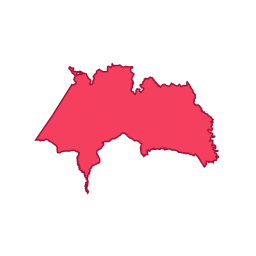 Tan Phu, Đồng Nai, Vietnam (orthographic projection), rotated 316°
{"feature_id": "81297802B74333052983118", "entity_name": "Tan Phu", "entity_type": "district", "adm_level": 2, "iso_a3": "VNM", "parent_name": "Vietnam", "parent_adm1": "Đồng Nai", "projection": "orthographic", "projection_center": [107.376, 11.379], "detail": "fine", "context": "isolated", "style": "filled", "palette": "rose", "viewbox_px": 256, "rotation_deg": 316, "n_neighbors": 0, "source": "geoboundaries", "source_scale": "gbopen_adm2", "svg_char_len": 5900}
<svg xmlns="http://www.w3.org/2000/svg" viewBox="0 0 256 256"><g transform="rotate(316 128 128)"><path d="M53.3,72.5L55.6,74.6L56.1,76.4L57.3,76.5L58.9,78.6L61.0,78.9L62.5,81.5L62.1,82.9L63.1,84.7L64.1,91.0L63.7,92.5L62.8,93.8L62.0,94.2L61.6,95.1L60.7,95.9L60.4,96.5L60.5,96.9L61.5,98.3L63.1,98.6L65.2,99.7L67.7,101.6L69.2,103.4L71.5,104.7L73.8,106.7L74.2,107.3L74.4,109.1L75.6,110.2L75.1,111.4L75.5,112.1L74.6,112.3L74.5,112.9L73.9,112.9L73.5,113.3L71.8,113.3L71.7,114.0L70.9,113.9L70.6,115.0L69.9,114.9L69.7,115.8L68.5,116.5L68.7,117.8L68.1,117.8L66.8,118.6L67.1,119.3L66.3,119.8L66.2,120.3L66.4,120.7L67.1,120.5L66.8,121.7L65.3,122.3L65.2,122.7L65.6,123.3L65.3,123.9L65.0,124.0L64.5,123.6L64.3,123.8L64.6,126.9L64.4,127.8L65.0,127.6L64.8,128.3L65.1,128.9L65.7,129.0L65.3,129.6L65.5,130.1L64.6,130.8L64.4,131.5L64.0,131.6L64.1,132.5L63.6,132.5L63.8,133.0L63.1,133.9L63.1,135.2L62.4,136.0L62.9,136.4L61.7,138.3L60.8,138.4L60.0,138.0L59.6,138.2L58.5,138.9L58.3,140.2L57.9,140.3L57.7,139.7L57.4,140.0L57.5,140.7L57.2,141.4L56.6,140.6L56.4,141.5L55.3,141.9L54.9,143.5L54.1,143.9L54.3,145.7L53.8,146.8L54.4,146.8L55.5,145.8L55.5,144.2L56.8,142.1L58.9,141.3L62.0,138.7L63.9,135.8L65.5,135.0L65.9,134.1L68.4,133.9L68.4,133.1L69.5,133.2L70.6,132.6L70.9,132.2L71.3,132.1L72.2,130.9L74.3,131.2L74.9,130.7L75.9,130.4L83.2,133.0L83.8,132.9L85.3,131.6L86.1,130.6L86.5,128.5L87.3,127.4L87.2,126.4L87.5,125.4L88.5,123.8L89.7,122.9L91.2,123.1L92.1,122.9L92.8,123.6L94.3,123.8L97.9,123.3L99.4,122.8L99.6,122.0L99.1,121.1L99.7,120.6L100.6,121.2L101.8,121.5L104.9,124.4L105.7,124.7L106.4,124.2L107.8,124.8L109.4,124.8L109.9,125.1L110.4,126.2L111.5,126.6L117.5,127.7L120.7,127.6L121.4,129.1L122.2,129.8L122.0,130.0L122.4,132.1L122.1,133.7L122.5,136.5L123.3,137.9L123.9,141.8L125.4,142.9L126.1,144.2L126.5,146.1L126.3,147.4L126.9,149.0L123.4,150.7L120.1,155.2L119.8,155.8L119.9,157.9L119.6,159.4L120.9,159.6L121.2,158.9L122.8,159.8L123.3,160.6L123.7,160.8L125.8,157.7L126.3,157.6L126.4,157.9L127.3,158.2L127.0,158.7L127.1,159.3L127.7,159.8L128.5,159.7L129.4,159.1L131.1,160.5L132.4,160.5L132.1,161.5L133.1,162.5L134.1,162.8L136.1,165.5L136.9,165.6L137.4,165.2L138.5,167.0L139.9,167.3L139.3,168.1L139.2,169.2L139.7,169.5L141.3,169.5L141.0,170.2L143.0,171.4L144.0,173.0L143.9,173.5L144.4,174.5L145.1,174.9L145.5,175.7L146.6,176.7L147.3,178.2L147.5,179.2L148.0,179.9L148.0,180.3L147.6,180.6L149.1,182.2L149.2,182.7L150.8,184.9L152.0,186.0L152.0,186.9L153.4,187.5L153.9,188.1L154.0,189.2L156.2,193.0L156.2,193.7L158.3,193.5L158.3,197.2L155.9,208.9L156.7,208.8L157.3,209.0L158.3,208.5L159.5,208.5L160.2,206.8L161.3,206.5L162.1,207.6L162.0,208.3L162.7,208.4L162.6,209.0L163.6,209.1L164.2,210.3L164.7,210.4L165.0,210.8L165.2,212.1L166.7,210.9L168.2,211.7L168.9,212.5L170.6,211.8L171.2,210.9L172.4,211.8L173.0,211.8L173.1,210.6L171.7,209.6L173.0,209.2L173.5,208.7L173.7,207.9L173.2,206.4L173.3,205.7L173.9,205.4L174.6,205.4L175.8,206.7L176.6,206.9L176.9,206.7L175.6,205.7L175.2,204.4L174.2,203.0L174.2,202.4L174.8,201.8L176.0,201.6L176.5,202.0L176.5,203.3L176.9,203.4L177.6,203.0L178.4,201.7L178.5,200.4L176.5,199.2L176.3,198.7L178.1,198.3L179.0,197.0L180.4,195.9L179.4,194.6L178.1,194.2L179.3,193.8L180.5,192.5L181.3,192.3L183.0,194.1L184.0,194.5L184.6,194.2L184.6,193.9L182.5,192.4L182.7,192.0L184.6,191.4L185.1,190.6L183.5,187.6L183.6,186.0L184.0,185.1L184.6,184.8L185.3,185.2L185.8,188.0L188.3,187.4L188.7,184.9L189.2,184.4L190.4,184.5L190.9,184.2L191.4,183.4L192.0,181.2L192.4,181.3L193.0,182.7L194.0,181.3L195.1,181.0L194.7,179.5L195.3,177.6L194.8,176.9L194.4,174.8L194.7,173.9L194.6,172.9L193.6,171.4L193.8,170.4L193.5,169.7L193.9,169.4L192.9,168.4L192.6,167.5L193.1,166.5L193.4,167.0L193.6,166.9L193.3,165.6L194.3,165.2L194.3,164.5L194.7,163.6L194.4,161.8L194.8,161.2L194.1,159.8L192.7,158.8L192.8,158.0L192.4,157.0L192.9,155.3L194.6,154.5L195.3,153.4L197.3,153.1L197.8,152.3L199.5,150.7L199.5,147.7L200.7,146.0L201.2,142.4L202.1,139.7L202.7,135.3L202.0,136.4L200.0,138.1L199.0,137.9L197.5,135.9L196.6,135.9L195.1,135.3L195.3,132.9L195.1,132.2L193.2,132.4L192.3,131.8L191.8,130.8L190.4,126.1L187.2,126.7L186.5,126.6L184.9,123.8L184.8,122.3L184.1,121.6L183.6,121.2L182.3,121.0L179.9,121.1L179.9,119.9L179.2,119.3L179.7,119.1L179.8,118.4L179.2,117.5L179.6,116.7L179.2,116.2L179.5,115.2L179.1,114.5L179.3,114.3L179.7,114.5L179.7,112.0L180.1,111.5L179.6,110.9L180.4,109.6L180.3,108.5L179.7,108.0L179.4,107.1L178.4,106.7L176.6,106.6L176.1,105.6L174.9,105.2L174.9,104.4L173.6,104.2L172.8,105.1L172.2,105.3L171.0,105.1L168.6,106.6L167.8,106.3L167.3,105.5L166.4,105.5L165.7,108.6L166.6,109.4L166.9,110.2L166.2,111.1L162.1,111.4L162.0,109.6L163.3,108.5L163.3,108.1L161.7,106.2L159.9,106.6L158.5,107.9L156.6,108.8L156.1,107.3L156.9,105.9L156.0,104.3L156.6,102.8L157.4,102.4L157.9,101.8L159.0,102.0L160.5,100.4L162.0,100.0L161.7,98.9L162.1,98.6L163.3,99.3L164.1,97.7L164.1,96.3L165.1,95.0L169.7,93.3L169.8,92.6L169.1,90.4L169.2,89.3L169.6,88.7L171.3,87.2L172.2,87.3L173.1,87.9L173.6,87.5L173.5,86.7L171.5,85.2L168.8,81.8L167.4,81.5L166.6,81.0L165.8,77.0L163.9,75.9L161.9,73.9L161.0,73.6L161.2,70.9L160.7,71.0L159.5,72.5L157.8,72.6L157.5,72.5L157.6,71.5L157.2,70.6L156.6,69.8L156.2,69.8L154.7,70.7L152.9,72.9L152.4,73.1L149.2,70.3L148.2,67.2L148.1,65.9L145.1,65.3L144.7,65.4L143.4,66.6L141.3,66.3L138.6,66.9L138.4,67.4L138.5,68.6L138.2,69.1L135.5,69.8L133.5,71.5L132.4,71.4L130.9,70.4L130.9,69.9L132.7,69.1L134.5,67.8L134.0,64.6L135.5,59.9L133.6,56.6L133.3,54.7L132.6,53.6L131.4,53.2L131.2,53.7L131.3,54.4L133.1,56.5L132.9,57.1L132.2,57.4L131.7,57.3L130.1,55.5L128.0,54.8L128.2,53.7L130.1,52.8L130.6,52.3L128.3,49.6L128.3,48.8L128.6,48.2L130.4,47.3L129.2,45.8L128.9,44.0L128.6,43.6L127.9,43.5L127.1,43.9L126.8,44.5L127.0,46.5L126.1,50.0L126.6,52.7L125.5,54.6L123.8,54.8L122.9,55.5L122.4,56.7L122.5,59.1L122.2,59.6L119.5,59.5L118.7,59.0L117.9,57.8L83.0,66.4L53.3,72.5Z" fill="#f43f5e" stroke="#9f1239" stroke-width="1.5"/></g></svg>